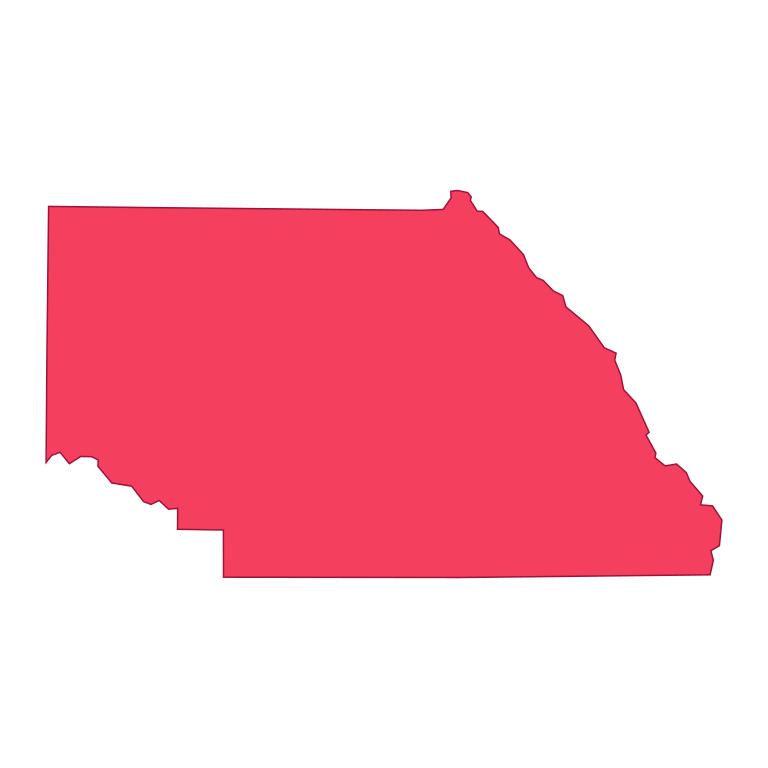 Saguache, Colorado, United States of America
{"feature_id": "52423323B75261730281757", "entity_name": "Saguache", "entity_type": "district", "adm_level": 2, "iso_a3": "USA", "parent_name": "United States of America", "parent_adm1": "Colorado", "projection": "orthographic", "projection_center": [-106.091, 38.103], "detail": "fine", "context": "isolated", "style": "filled", "palette": "rose", "viewbox_px": 768, "rotation_deg": 0, "n_neighbors": 0, "source": "geoboundaries", "source_scale": "gbopen_adm2", "svg_char_len": 926}
<svg xmlns="http://www.w3.org/2000/svg" viewBox="0 0 768 768"><path d="M710.1,574.8L713.3,560.3L710.9,550.7L719.4,545.7L721.9,520.1L712.5,505.8L700.5,504.9L702.7,496.1L690.1,481.5L686.3,472.7L676.6,464.0L665.1,465.9L654.9,457.6L655.9,453.2L646.0,435.0L649.1,432.3L636.0,403.1L623.6,389.6L620.7,374.9L614.7,360.2L616.1,353.2L604.3,347.8L588.7,325.8L565.9,306.9L562.8,295.7L553.4,291.0L543.2,280.4L536.5,277.6L528.8,268.0L523.4,254.5L510.1,240.1L499.5,233.9L498.2,227.4L482.7,211.4L477.2,211.2L470.4,200.4L471.2,196.9L467.7,192.6L457.6,190.5L450.8,191.3L451.1,197.9L443.2,209.4L422.2,210.3L370.4,209.8L151.0,207.6L48.6,206.4L46.9,358.2L46.1,462.4L51.8,455.3L60.1,452.3L69.4,463.7L80.6,456.5L91.7,456.7L98.3,460.1L97.9,466.2L111.8,483.0L131.7,486.2L143.6,501.6L151.0,504.4L159.2,500.5L168.6,509.2L177.7,508.4L177.5,529.3L223.4,530.0L223.5,577.2L459.6,577.5L710.1,574.8Z" fill="#f43f5e" stroke="#9f1239" stroke-width="1.5"/></svg>